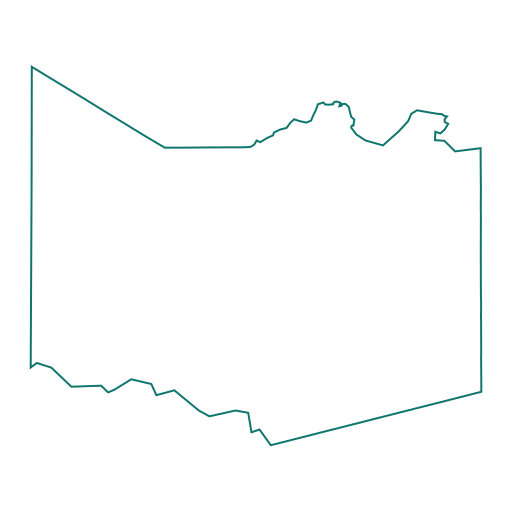 Harrison, Texas, United States of America
{"feature_id": "52423323B74436267722648", "entity_name": "Harrison", "entity_type": "district", "adm_level": 2, "iso_a3": "USA", "parent_name": "United States of America", "parent_adm1": "Texas", "projection": "albers", "projection_center": [-94.284, 32.56], "detail": "fine", "context": "isolated", "style": "outline", "palette": "teal", "viewbox_px": 512, "rotation_deg": 0, "n_neighbors": 0, "source": "geoboundaries", "source_scale": "gbopen_adm2", "svg_char_len": 1599}
<svg xmlns="http://www.w3.org/2000/svg" viewBox="0 0 512 512"><path d="M114.6,389.6L131.2,379.3L151.3,384.0L156.4,395.2L174.3,390.3L198.8,410.5L209.4,416.3L235.6,410.5L248.2,412.8L251.5,432.3L259.5,429.5L270.8,445.2L481.3,391.8L481.3,385.6L481.3,385.0L481.1,356.8L481.2,353.2L481.1,328.5L481.2,327.8L481.1,326.5L481.1,322.4L481.1,320.5L481.0,317.3L481.0,315.4L481.1,310.3L481.1,300.4L480.9,293.5L480.9,291.2L480.8,256.4L480.8,252.5L480.9,215.4L480.8,208.8L480.8,205.8L480.9,190.9L480.9,188.4L480.8,178.9L480.6,148.2L455.1,151.4L444.4,140.8L435.0,140.2L435.3,131.8L440.3,133.4L444.5,129.8L448.2,123.9L444.7,122.0L444.6,119.3L446.9,116.4L444.6,116.0L441.5,114.1L437.4,113.8L434.3,113.3L428.4,112.3L417.0,110.3L411.3,113.8L408.1,121.2L398.9,131.2L383.0,145.4L365.6,140.5L356.4,134.5L351.3,127.8L351.3,126.4L352.4,125.4L353.4,125.6L354.3,119.6L351.1,116.7L348.7,106.8L345.4,103.9L341.6,104.0L341.7,105.6L339.4,106.2L339.8,105.0L340.3,102.7L338.6,102.1L336.9,101.6L334.8,101.8L334.2,102.4L333.6,102.7L332.8,103.7L333.0,104.3L329.1,104.7L325.2,104.5L323.4,102.5L317.8,104.3L317.1,106.8L315.2,111.5L313.6,114.5L311.1,120.6L306.4,122.6L299.6,121.1L294.1,119.3L290.4,122.7L286.6,127.9L280.3,129.5L274.0,132.5L272.9,135.4L266.9,138.1L260.3,142.2L256.6,140.5L254.3,144.6L250.3,147.0L241.7,147.3L212.5,147.4L188.8,147.6L169.8,147.7L164.8,147.7L143.0,134.8L130.1,126.9L126.4,124.6L119.3,120.3L108.0,113.4L89.2,101.8L79.3,95.7L53.9,80.3L43.9,74.2L32.4,67.2L31.8,66.8L31.6,180.9L30.7,367.5L36.8,363.0L51.3,367.6L71.4,386.7L101.2,385.7L108.1,392.4L114.6,389.6Z" fill="none" stroke="#0f766e" stroke-width="2"/></svg>